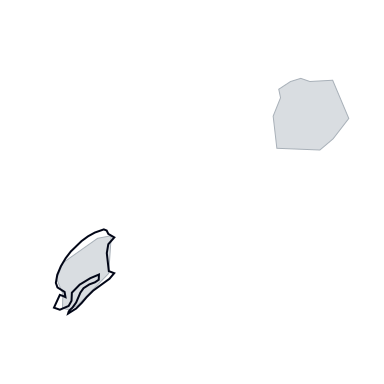 Barbuda on a map of Antigua and Barbuda (Equal Earth projection), rotated 236°
{"feature_id": "ATG-5091", "entity_name": "Barbuda", "entity_type": "Dependency", "adm_level": 1, "iso_a3": "ATG", "parent_name": "Antigua and Barbuda", "parent_adm1": "", "projection": "equal_earth", "projection_center": [-61.817, 17.637], "detail": "fine", "context": "in_parent", "style": "outline", "palette": "ink", "viewbox_px": 384, "rotation_deg": 236, "n_neighbors": 0, "source": "natural_earth", "source_scale": "10m", "svg_char_len": 980}
<svg xmlns="http://www.w3.org/2000/svg" viewBox="0 0 384 384"><g transform="rotate(236 192 192)"><path d="M217.7,351.5L206.0,371.1L165.3,363.1L157.2,338.7L155.3,321.5L180.8,286.8L209.5,301.7L220.6,318.1L228.7,321.4L228.5,335.4L225.4,345.7L217.7,351.5ZM206.4,87.8L200.9,100.6L171.1,77.4L162.0,33.6L163.0,24.4L168.0,19.6L179.8,28.0L195.6,31.2L205.5,45.4L206.4,87.8Z" fill="#d9dde1" stroke="#a8b0b8" stroke-width="1"/><path d="M172.9,78.8L168.2,82.1L166.2,75.0L165.5,55.0L163.8,46.0L161.7,38.5L160.2,30.8L160.5,21.3L161.8,22.9L162.4,24.5L163.0,28.3L165.2,34.2L171.0,43.2L172.9,48.3L172.8,55.2L171.4,61.0L171.4,65.6L175.6,68.7L177.4,59.6L178.0,47.1L175.7,36.1L169.2,31.3L166.5,26.0L168.3,16.6L173.3,12.9L180.6,24.9L178.1,26.8L175.6,28.3L180.4,30.5L188.1,27.1L192.8,28.3L198.7,34.0L203.8,41.8L207.8,50.3L210.5,58.4L213.1,73.1L213.4,81.1L212.7,88.8L210.3,98.0L207.8,99.7L204.0,99.2L197.8,102.2L195.5,93.4L189.0,87.2L172.9,78.8Z" fill="none" stroke="#020617" stroke-width="2"/></g></svg>